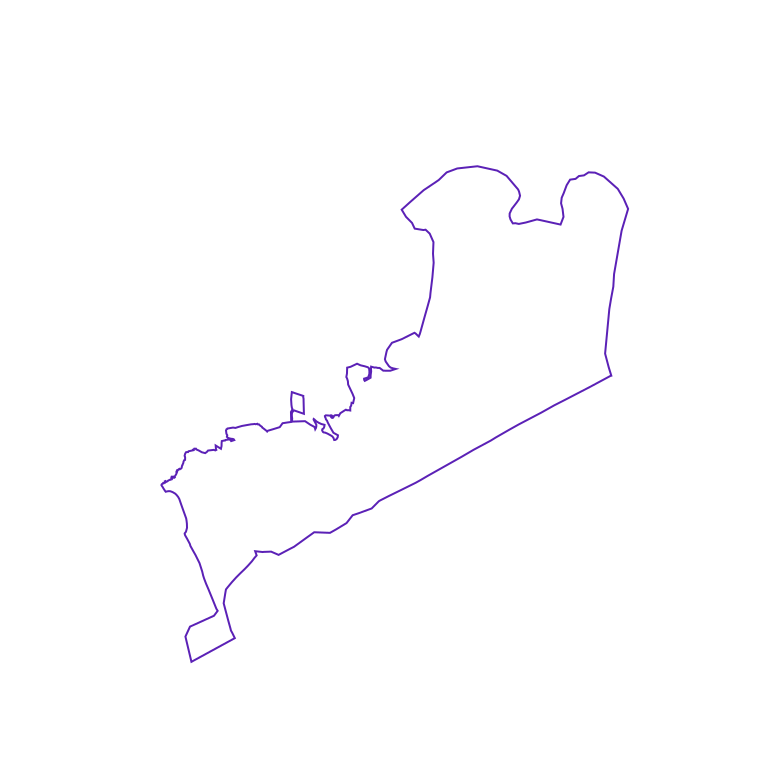 outline of Eti Osa, Lagos, Nigeria, rotated 333°
{"feature_id": "59680162B38204256572023", "entity_name": "Eti Osa", "entity_type": "district", "adm_level": 2, "iso_a3": "NGA", "parent_name": "Nigeria", "parent_adm1": "Lagos", "projection": "equal_earth", "projection_center": [3.482, 6.457], "detail": "fine", "context": "isolated", "style": "outline", "palette": "violet", "viewbox_px": 768, "rotation_deg": 333, "n_neighbors": 0, "source": "geoboundaries", "source_scale": "gbopen_adm2", "svg_char_len": 5552}
<svg xmlns="http://www.w3.org/2000/svg" viewBox="0 0 768 768"><g transform="rotate(333 384 384)"><path d="M138.3,432.5L138.4,438.4L138.0,440.3L138.2,446.4L138.4,450.7L138.3,459.9L137.9,462.3L136.9,468.5L135.9,472.6L135.4,475.6L134.8,481.1L134.4,487.2L133.7,495.6L133.5,498.0L132.6,508.1L132.8,510.6L127.3,513.3L101.0,512.1L92.4,518.9L86.3,544.1L135.7,542.7L135.8,536.7L135.7,534.2L136.2,532.1L137.8,524.2L139.9,514.4L141.6,506.6L142.7,505.1L147.5,498.5L149.9,495.3L152.7,494.0L156.9,492.2L158.8,491.4L164.3,489.3L169.8,487.5L175.7,485.7L180.4,484.1L185.8,482.0L189.7,480.1L192.7,478.9L193.3,474.5L199.7,478.7L200.4,478.9L201.9,479.6L207.3,482.1L211.6,487.3L212.5,488.4L218.5,488.3L225.9,488.2L229.9,488.2L239.5,486.7L247.2,485.5L248.6,485.3L254.5,484.4L268.3,492.1L275.4,491.8L287.5,490.9L296.5,486.7L302.5,487.6L316.5,489.3L326.2,486.1L327.9,486.0L337.4,486.0L350.5,486.2L367.3,486.4L372.9,486.2L381.3,485.7L420.1,484.1L433.9,483.3L453.4,482.9L459.4,482.4L475.2,481.6L485.6,481.2L511.1,480.9L526.0,480.3L539.7,480.3L566.2,480.1L589.4,479.6L590.3,479.8L591.8,471.2L594.8,457.3L618.8,419.5L625.1,411.0L632.5,401.4L638.9,390.5L665.3,355.3L681.0,338.8L681.7,327.6L680.9,316.3L674.1,299.0L668.0,291.5L665.0,289.8L662.4,288.3L656.9,288.9L652.1,287.2L647.8,288.2L642.6,286.4L637.0,289.8L630.8,295.5L626.9,298.7L623.8,303.4L622.6,309.0L619.8,316.6L613.7,322.1L598.0,309.2L595.0,306.8L583.7,304.5L576.8,302.6L574.1,300.4L571.7,299.4L571.6,298.0L571.4,294.9L572.0,291.7L573.4,289.1L577.5,285.9L584.5,282.6L588.1,280.7L590.7,278.0L591.7,273.8L591.8,271.5L587.7,254.2L581.8,245.3L566.1,232.4L547.1,225.2L541.0,224.5L535.9,223.9L525.4,227.1L515.8,228.3L507.4,229.3L490.1,233.7L478.9,236.7L479.5,245.0L482.1,253.2L481.9,259.5L489.0,264.7L491.1,265.4L493.0,270.8L492.5,280.0L486.8,290.2L483.3,298.5L475.5,311.0L466.8,323.9L464.4,327.7L458.1,334.6L450.4,342.9L440.5,353.7L438.5,355.8L436.5,357.5L435.1,353.4L434.4,352.2L420.1,352.1L409.8,350.9L402.3,354.9L400.8,356.5L396.1,362.3L395.7,364.7L396.5,370.4L397.4,372.4L399.2,374.2L401.3,375.9L395.5,375.0L389.4,371.8L387.4,367.7L385.8,366.9L384.3,365.6L382.9,365.0L380.4,362.7L379.3,364.5L378.3,366.9L376.1,370.1L374.9,372.3L370.3,372.5L368.3,372.5L368.2,371.3L368.7,370.2L370.3,370.5L373.0,370.9L375.5,368.4L376.7,366.2L377.8,363.3L377.2,361.7L374.8,359.4L371.6,356.7L369.2,353.7L362.0,353.5L358.6,352.7L355.8,357.8L353.6,360.7L353.6,362.3L353.1,365.1L351.8,368.2L351.5,378.5L351.1,383.0L347.8,387.0L346.6,386.0L344.9,388.4L343.5,389.2L342.2,391.7L341.9,392.3L340.0,390.9L339.2,390.7L338.4,389.6L336.6,389.7L331.8,390.2L329.3,391.9L329.2,391.0L326.3,389.6L325.1,389.7L324.2,390.4L323.3,390.9L322.4,390.7L322.0,390.0L321.9,389.5L322.9,389.4L323.5,389.2L323.2,388.4L322.6,387.8L321.2,387.5L319.8,386.6L317.9,385.5L316.8,385.7L316.5,386.5L316.5,388.0L316.2,389.2L316.6,390.7L316.4,392.7L316.5,399.0L316.8,404.5L319.7,408.8L318.5,410.5L316.7,411.6L315.2,411.7L314.2,411.3L314.5,409.2L314.2,407.3L313.4,405.9L311.1,402.5L309.3,400.4L308.5,400.0L307.9,399.2L307.8,398.0L307.9,397.0L308.7,396.2L309.7,396.2L310.7,395.6L311.7,394.6L312.5,393.4L310.1,391.3L308.2,388.9L306.8,386.6L306.1,384.7L305.8,383.8L305.5,383.3L305.1,383.8L305.2,387.3L305.2,389.6L304.4,391.1L303.4,392.3L302.2,393.1L302.4,392.1L302.5,390.6L299.9,386.9L296.8,381.3L285.3,375.9L285.5,374.7L286.5,373.1L287.4,370.6L288.4,368.7L289.3,367.6L291.8,366.6L299.1,374.2L304.6,362.7L305.6,360.7L306.1,359.0L306.7,358.0L298.2,349.4L294.3,355.4L292.0,360.7L291.1,363.4L291.1,364.5L290.1,365.6L288.4,366.7L284.1,375.7L280.4,374.4L275.8,372.9L271.5,375.1L264.5,373.9L259.2,372.9L258.3,373.3L258.1,372.5L256.4,368.8L255.7,367.4L255.8,366.7L254.8,364.9L254.3,363.3L253.4,362.9L253.2,362.0L251.4,361.6L250.7,360.9L249.5,360.5L247.3,359.6L243.4,358.4L238.4,356.9L234.3,356.1L231.7,355.7L229.7,354.3L227.5,353.6L224.9,352.8L224.4,352.6L224.0,352.9L223.2,352.8L222.1,353.7L221.6,355.2L221.1,356.5L221.0,357.3L221.1,358.5L220.0,359.7L220.5,361.0L221.6,362.3L223.5,363.8L224.2,364.2L225.0,365.0L225.1,366.0L221.9,365.5L221.8,364.6L221.2,363.2L217.3,361.9L216.6,362.2L215.9,361.8L213.6,361.2L212.6,362.7L211.1,365.5L209.3,367.7L206.1,362.4L204.9,365.2L204.7,366.6L203.6,366.6L202.4,365.4L197.0,363.4L195.3,364.1L193.3,364.4L190.7,362.1L188.8,359.2L187.0,357.0L187.1,356.3L185.6,355.5L185.1,355.8L184.2,355.8L184.2,356.5L179.3,355.2L178.5,355.7L177.8,355.3L176.7,354.9L175.2,355.8L173.7,357.5L173.7,358.3L173.4,359.3L173.3,359.5L172.8,360.4L172.3,361.3L171.3,361.2L170.1,362.2L169.2,363.4L167.9,364.4L167.6,364.8L167.2,364.9L166.3,365.9L165.7,366.8L164.9,367.2L164.0,367.2L163.4,367.3L163.2,366.7L162.2,366.8L161.4,367.2L161.2,367.1L160.8,366.9L160.6,367.3L160.2,367.8L159.9,367.4L159.4,367.7L159.0,368.3L159.2,368.8L158.4,369.6L157.6,370.2L156.1,371.1L155.0,371.7L155.1,372.2L154.5,372.3L154.2,372.0L154.1,371.5L154.1,370.8L153.5,370.6L153.2,371.1L153.1,371.6L152.7,371.9L152.7,371.3L152.4,370.5L152.0,370.9L151.8,371.6L151.3,371.9L151.0,372.2L150.5,372.5L150.2,372.2L149.6,372.1L147.6,372.1L147.3,372.3L145.9,372.4L145.8,372.1L145.3,371.6L145.2,371.2L144.7,371.2L144.7,371.5L144.5,371.9L144.2,372.4L143.7,372.1L143.5,372.3L143.1,372.4L143.0,372.2L142.6,372.0L142.5,372.4L140.5,372.4L139.8,373.0L139.8,374.0L140.0,375.2L140.1,377.4L140.3,378.7L140.3,379.6L140.5,380.2L140.6,380.9L142.0,381.2L143.7,381.8L145.0,382.6L146.6,384.4L148.2,386.9L148.8,388.7L149.3,391.1L149.4,393.5L148.6,399.2L147.8,405.4L147.1,410.9L146.7,414.0L146.0,416.2L145.0,418.9L143.2,422.7L140.5,425.7L138.6,426.6L138.4,426.9L138.1,428.5L138.3,432.5Z" fill="none" stroke="#5b21b6" stroke-width="2"/></g></svg>